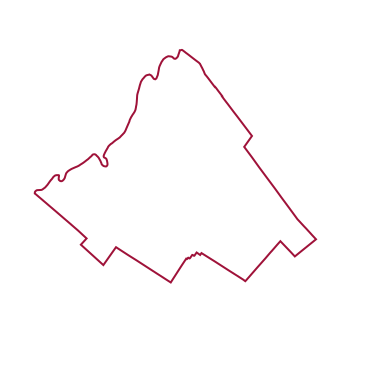 the district of Perieti, Ialomita, Romania, rotated 125°
{"feature_id": "2599482B58412168302533", "entity_name": "Perieti", "entity_type": "district", "adm_level": 2, "iso_a3": "ROU", "parent_name": "Romania", "parent_adm1": "Ialomita", "projection": "natural_earth1", "projection_center": [27.247, 44.595], "detail": "fine", "context": "isolated", "style": "outline", "palette": "rose", "viewbox_px": 384, "rotation_deg": 125, "n_neighbors": 0, "source": "geoboundaries", "source_scale": "gbopen_adm2", "svg_char_len": 4498}
<svg xmlns="http://www.w3.org/2000/svg" viewBox="0 0 384 384"><g transform="rotate(125 192 192)"><path d="M126.5,297.0L128.0,297.2L129.9,297.1L131.1,297.0L132.6,296.5L134.3,296.0L135.9,295.4L137.7,294.7L140.7,293.7L142.5,293.1L144.0,292.5L145.5,291.6L147.6,290.3L150.3,288.7L152.1,287.7L153.7,287.0L154.4,286.7L155.1,286.3L155.9,286.0L156.7,285.6L157.8,285.3L158.9,285.1L159.7,285.0L160.7,285.0L161.4,284.9L162.2,285.0L163.6,284.9L165.0,284.8L165.7,284.8L166.7,284.6L168.1,284.4L169.0,284.2L169.5,284.0L170.0,283.8L170.3,283.7L172.8,283.2L175.3,282.7L177.7,282.2L180.0,281.7L181.2,281.6L182.4,281.5L183.4,281.7L184.4,281.8L186.7,282.2L188.9,282.5L189.6,282.8L190.3,283.0L191.5,283.5L192.8,284.0L193.3,284.2L193.9,284.4L194.4,284.5L194.9,284.7L196.5,285.1L198.1,285.5L198.4,285.7L198.8,285.8L199.1,286.0L199.5,286.1L200.9,286.4L202.1,286.6L203.2,286.6L204.2,286.4L205.6,286.3L206.3,286.2L207.0,286.2L207.6,286.1L208.1,286.1L208.7,286.0L209.2,285.9L210.1,285.8L211.1,285.6L212.1,285.4L212.7,285.2L213.2,285.0L213.7,284.6L214.0,284.2L214.1,283.7L214.0,283.1L213.9,282.4L213.9,281.6L214.0,281.2L214.2,280.9L214.8,280.0L215.4,279.3L216.0,278.7L216.8,277.9L217.5,277.3L218.3,276.8L219.2,276.7L220.0,276.8L220.5,277.2L220.8,277.8L221.0,278.2L221.2,278.6L221.4,279.3L221.4,280.0L221.3,280.7L221.3,281.1L221.1,281.6L221.0,282.0L220.6,282.5L220.2,283.0L219.8,283.7L219.1,284.8L218.6,285.8L218.3,286.5L217.7,287.6L217.4,288.5L217.1,289.6L217.0,290.7L216.7,291.9L216.7,292.6L216.9,293.3L217.3,293.9L217.8,294.4L218.4,294.8L219.4,294.9L220.5,295.0L221.5,295.3L223.4,295.7L224.3,295.9L224.8,296.0L225.4,296.2L226.2,296.5L226.9,296.7L227.9,297.0L228.9,297.3L229.8,297.6L230.7,297.9L231.3,298.2L232.5,298.6L233.0,298.9L233.7,299.2L234.5,299.4L235.0,299.6L235.4,299.9L235.8,300.0L236.3,300.3L236.7,300.5L237.0,300.7L237.2,300.8L237.5,301.0L238.4,301.6L240.2,302.7L242.2,303.9L243.5,304.5L245.7,305.4L246.6,305.6L247.5,305.7L248.5,305.8L249.2,305.7L250.2,305.4L252.0,304.8L253.2,304.4L254.1,304.2L255.1,304.2L256.2,304.3L257.0,304.5L257.8,304.9L258.3,305.5L258.6,306.3L258.5,307.3L258.4,308.0L257.9,308.6L257.3,309.0L256.0,309.7L255.2,310.1L254.7,310.5L254.7,310.9L255.0,311.3L255.7,312.4L256.5,313.2L257.0,313.6L257.7,313.8L258.7,314.1L259.5,314.2L260.5,314.2L261.6,314.2L263.1,314.4L264.8,314.5L266.4,314.5L268.9,314.5L269.8,314.6L272.5,314.9L273.4,315.2L274.9,315.7L275.8,316.0L276.6,316.5L277.2,317.2L277.9,318.1L278.6,319.0L279.4,320.0L280.1,320.4L281.3,320.7L281.9,320.7L282.4,320.6L282.9,320.1L283.4,319.9L283.4,319.2L286.4,288.1L288.9,263.4L290.5,251.7L298.9,252.8L302.7,222.7L280.8,222.6L280.3,208.2L279.8,198.2L279.1,178.7L278.3,157.5L278.1,157.5L276.3,157.6L268.4,157.9L258.0,158.3L249.9,158.5L249.9,157.7L249.7,157.6L248.9,157.5L248.2,157.5L248.0,157.4L248.0,156.8L247.9,156.3L247.9,156.1L247.8,155.9L247.7,155.9L247.2,155.7L243.4,155.7L243.2,155.4L243.1,154.6L243.1,153.7L242.8,153.5L239.0,153.5L238.9,153.5L238.9,149.2L236.6,149.2L236.0,137.3L235.8,133.5L235.3,120.3L235.2,117.6L234.4,99.8L234.5,97.2L233.3,97.0L216.4,95.2L204.1,93.8L197.7,93.2L195.9,93.0L195.0,92.9L194.6,92.8L193.7,92.7L193.2,92.7L192.6,92.6L191.7,92.5L186.8,92.0L181.6,91.4L184.6,76.4L185.8,70.8L179.8,69.1L173.9,67.4L161.8,63.9L160.0,63.4L159.6,63.3L158.5,68.5L156.4,77.8L155.9,80.4L153.8,90.1L152.9,92.7L148.6,105.4L145.0,116.2L143.6,120.2L141.5,126.3L137.2,139.3L133.3,151.0L129.1,163.0L125.1,175.1L111.7,175.0L104.3,197.9L102.4,204.0L99.8,212.0L99.4,213.2L98.8,215.2L97.3,219.9L96.9,220.9L96.9,221.1L96.4,222.4L96.1,222.3L95.9,222.9L94.3,228.0L93.0,231.9L92.6,233.4L92.9,233.5L91.4,238.2L89.5,244.0L88.9,246.0L88.4,247.8L88.3,248.3L88.2,248.7L88.0,249.0L87.9,249.3L87.5,249.9L87.1,250.5L86.3,251.7L85.8,252.7L85.5,253.2L84.7,254.6L83.9,256.2L83.1,257.7L82.7,258.5L82.4,259.0L82.4,259.3L82.3,259.7L82.2,260.0L82.1,260.9L82.1,261.5L82.0,264.8L81.7,271.2L81.6,273.0L81.5,275.5L81.5,276.6L81.4,278.0L81.3,280.3L81.3,281.2L81.3,281.4L81.3,281.6L81.4,281.8L81.9,282.3L82.5,282.7L82.6,282.9L82.9,283.3L84.1,282.8L86.5,282.1L87.6,281.8L88.6,281.4L89.8,281.3L91.2,281.5L92.3,281.9L93.0,283.0L92.9,284.1L92.7,285.5L92.9,286.5L93.8,288.3L94.4,289.3L95.0,289.7L96.4,290.5L97.5,290.9L99.0,291.4L99.7,291.6L100.5,291.6L101.3,291.5L102.5,291.6L103.5,291.4L104.4,291.3L106.0,291.0L107.7,290.7L109.2,290.2L111.0,289.3L115.9,287.1L119.5,286.3L120.8,286.8L121.2,288.2L119.9,292.1L120.2,294.3L121.0,294.9L121.4,295.3L122.1,295.9L122.8,296.4L123.2,296.5L124.3,296.8L125.3,296.9L126.5,297.0Z" fill="none" stroke="#9f1239" stroke-width="2"/></g></svg>